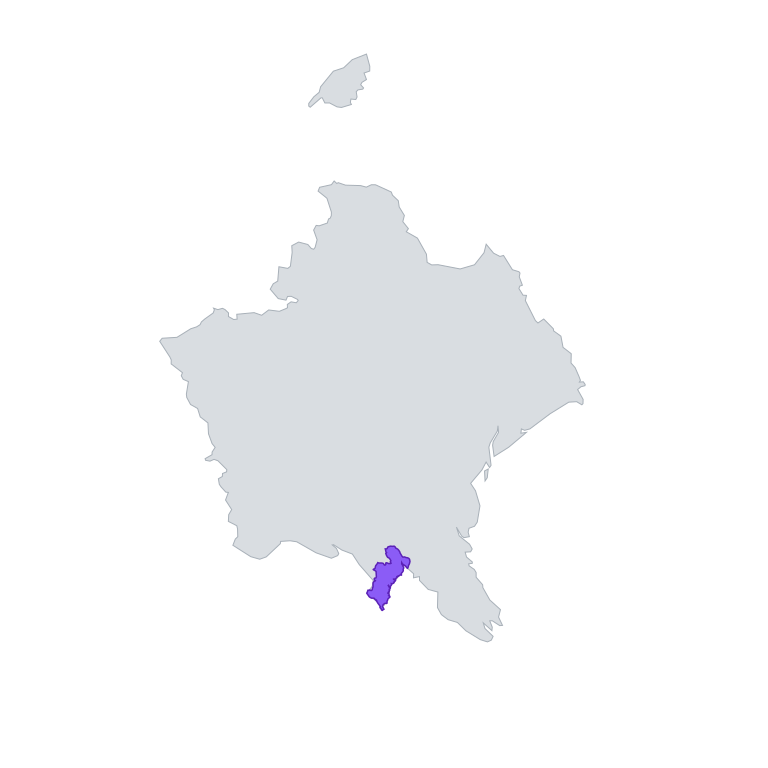 location of Manche within France, rotated 225°
{"feature_id": "FRA-5322", "entity_name": "Manche", "entity_type": "Metropolitan department", "adm_level": 1, "iso_a3": "FRA", "parent_name": "France", "parent_adm1": "", "projection": "equal_earth", "projection_center": [-1.411, 49.095], "detail": "fine", "context": "in_parent", "style": "filled", "palette": "violet", "viewbox_px": 768, "rotation_deg": 225, "n_neighbors": 0, "source": "natural_earth", "source_scale": "10m", "svg_char_len": 7231}
<svg xmlns="http://www.w3.org/2000/svg" viewBox="0 0 768 768"><g transform="rotate(225 384 384)"><path d="M558.2,317.1L554.1,319.1L551.7,323.3L549.1,324.2L544.2,324.3L541.7,321.7L535.9,323.3L533.7,326.0L537.4,329.2L526.3,342.6L519.1,346.1L517.9,354.8L509.4,361.4L506.5,368.3L506.2,369.7L508.6,371.9L507.8,376.4L503.5,379.4L503.7,382.3L504.9,382.7L511.6,380.4L514.1,377.7L512.6,374.0L519.2,369.6L531.5,370.6L533.2,376.6L531.9,381.6L541.2,392.6L533.8,397.7L533.4,401.0L541.9,412.0L547.0,416.6L544.7,424.0L536.5,428.8L531.2,428.4L529.0,429.6L529.3,431.9L533.3,438.7L542.6,443.1L544.1,448.2L541.7,450.0L537.9,457.7L539.9,461.5L539.3,463.2L540.3,465.8L542.8,468.4L555.7,475.0L567.0,473.8L568.6,477.6L562.1,487.8L562.8,492.3L559.2,492.4L558.7,494.0L551.8,497.4L540.9,507.7L535.7,510.7L533.8,516.0L530.8,518.9L514.6,524.9L511.5,523.5L503.5,523.7L498.4,519.9L488.8,517.6L485.5,512.1L476.6,511.1L475.9,507.4L463.5,510.8L445.8,505.8L439.5,500.5L434.5,501.9L430.1,506.6L411.5,519.2L404.3,532.3L406.1,547.6L410.6,555.1L399.0,554.0L392.2,556.2L390.4,559.4L374.0,555.6L368.0,558.8L366.3,558.6L364.1,555.4L356.0,551.7L357.2,549.2L356.1,546.9L348.5,545.1L345.9,547.4L343.0,542.9L321.8,535.9L318.3,536.0L317.0,542.9L303.4,542.8L301.5,541.5L292.7,542.9L283.3,536.5L273.0,537.8L266.6,531.1L260.4,530.7L251.7,527.3L247.7,525.5L247.2,523.5L244.6,526.5L241.4,525.9L240.7,524.9L242.8,521.3L243.2,517.0L232.3,513.9L229.4,510.8L229.4,509.2L235.3,507.7L240.5,501.8L245.5,480.5L249.1,455.4L251.8,450.7L255.1,449.4L252.4,446.0L249.1,450.5L251.1,427.6L254.9,410.6L263.9,417.5L266.1,420.6L268.8,430.8L273.9,435.1L270.6,430.9L267.2,417.4L265.2,413.5L250.8,402.2L250.3,399.6L256.6,401.0L254.0,392.6L252.5,375.0L243.8,373.2L230.0,365.7L220.4,352.3L219.4,347.4L221.9,342.1L219.7,338.7L215.7,336.4L218.8,331.9L221.6,331.4L231.6,334.0L223.4,329.8L210.2,331.2L205.0,329.7L204.1,326.6L207.7,322.5L203.3,320.0L195.7,320.6L194.8,319.6L197.0,316.7L195.2,315.6L189.0,316.7L185.5,315.8L182.2,312.5L172.3,311.8L170.1,309.9L156.4,306.1L142.1,306.8L138.2,300.2L129.5,297.1L131.3,295.0L140.1,293.1L141.8,291.3L135.5,288.6L133.3,285.9L144.9,285.3L139.7,282.5L128.4,282.7L127.0,278.8L128.5,274.8L135.2,271.3L151.6,267.4L163.5,267.3L172.0,262.7L180.3,261.5L188.1,263.7L198.8,275.0L207.4,270.0L220.0,270.2L222.7,272.9L226.1,267.8L228.9,270.8L244.4,269.8L240.8,267.8L237.8,263.0L237.3,245.5L229.3,232.9L227.4,228.3L227.9,224.4L237.1,225.1L244.7,223.4L248.4,224.6L249.3,232.7L252.6,237.4L273.8,238.8L286.1,241.4L296.4,236.8L306.1,234.7L306.8,233.6L301.3,234.1L296.1,232.1L295.4,229.9L298.0,223.6L312.7,216.6L334.2,210.7L339.6,206.7L345.8,199.6L344.4,197.8L345.0,178.5L348.0,172.2L356.1,167.7L376.8,163.1L379.5,169.2L379.4,172.6L385.1,178.0L387.9,179.7L396.9,176.8L401.4,181.8L402.9,187.5L414.0,189.9L417.4,197.3L419.4,195.7L426.3,196.0L429.5,196.6L434.1,199.9L432.9,204.3L434.9,206.5L433.2,210.6L434.6,212.3L447.2,212.3L450.9,210.5L452.5,206.4L456.2,203.9L457.7,204.7L455.6,212.4L457.4,214.3L458.6,219.8L463.4,220.3L472.9,224.7L481.0,232.0L490.7,230.8L498.5,234.9L506.3,232.7L513.9,235.0L516.6,237.1L524.0,247.4L529.3,245.3L533.2,246.5L534.5,249.5L548.7,247.7L551.5,250.6L554.5,251.7L572.8,255.6L573.2,259.5L563.4,270.6L559.7,286.4L556.9,291.9L556.0,296.0L557.0,298.7L556.7,303.1L555.0,313.4L556.4,316.5L558.2,317.1ZM636.7,537.5L636.1,544.4L639.0,549.4L641.0,569.4L636.1,579.1L635.8,590.9L629.7,604.9L618.7,598.6L615.4,595.2L618.0,589.8L611.7,586.9L612.9,581.7L612.1,579.1L607.8,578.9L607.5,577.5L610.4,573.5L610.3,571.0L606.0,567.9L605.1,565.2L608.9,562.1L606.9,559.3L604.7,558.6L609.6,549.5L613.1,546.8L621.3,544.2L624.5,540.9L630.0,542.7L630.9,541.8L631.9,527.5L633.7,527.3L635.6,529.2L636.7,537.5ZM251.4,393.6L250.2,397.6L244.7,390.7L244.0,386.9L251.4,393.6Z" fill="#d9dde1" stroke="#a8b0b8" stroke-width="1"/><path d="M237.0,270.3L237.3,270.2L240.1,270.5L243.8,269.8L245.1,270.2L244.5,269.5L243.8,269.1L242.4,269.0L242.3,269.3L242.1,269.4L242.0,269.2L241.9,268.9L241.8,268.6L241.6,268.5L240.4,268.2L240.0,267.9L239.8,267.6L239.5,266.6L238.3,265.6L238.0,264.6L237.9,263.4L237.8,262.3L237.4,261.6L236.6,261.4L236.6,261.1L237.0,260.9L237.4,260.5L237.6,260.0L237.9,257.9L238.1,257.4L238.4,257.8L238.6,257.3L238.7,256.9L238.5,256.7L238.1,256.6L237.9,256.3L238.3,253.8L238.5,253.1L239.0,252.9L239.8,253.2L239.2,252.7L238.4,252.7L237.8,253.0L237.5,253.7L237.4,253.9L237.1,253.6L236.9,253.2L236.8,252.8L236.8,251.8L236.9,251.3L237.0,250.8L236.5,250.8L236.4,250.4L236.4,249.9L236.6,249.4L236.8,248.8L237.0,248.5L237.7,248.1L237.3,247.8L237.2,247.9L237.0,248.1L236.7,247.4L236.5,246.6L236.4,245.7L236.3,244.9L236.6,244.5L237.2,244.5L238.5,244.8L238.5,244.5L237.7,244.3L236.8,244.0L236.1,244.0L235.8,244.8L235.3,244.3L234.7,242.6L234.2,242.1L234.4,241.9L234.5,241.9L233.7,241.1L233.3,240.6L233.0,240.0L233.7,240.0L233.7,239.7L233.3,238.8L233.0,238.8L232.7,239.5L232.1,239.2L231.3,238.5L230.6,238.2L230.7,237.9L230.8,237.7L230.4,237.7L230.0,237.8L229.6,237.9L229.2,237.6L229.1,237.0L229.3,235.5L229.2,234.9L229.1,234.6L229.0,234.3L228.5,233.5L228.5,233.3L228.4,233.1L228.3,232.7L228.0,232.3L227.1,231.4L226.9,231.1L227.1,230.5L228.1,229.8L228.3,229.3L228.5,227.9L228.5,227.2L228.2,226.6L227.9,226.1L227.7,225.7L227.4,225.4L226.3,225.2L224.8,224.7L225.1,223.6L225.0,223.0L225.2,222.6L226.1,222.5L226.4,222.6L227.1,223.0L227.5,223.1L228.5,223.0L228.8,223.1L229.0,223.3L229.1,223.9L229.3,224.1L229.8,224.0L230.0,224.1L230.7,224.3L233.0,224.6L235.6,225.3L236.1,225.3L236.1,225.6L236.2,225.8L236.5,225.9L236.8,225.8L237.3,225.4L237.6,225.3L238.0,225.3L238.7,225.5L239.2,225.6L239.7,225.3L240.3,224.9L241.2,223.9L241.7,223.6L243.2,223.2L243.9,223.1L248.0,223.8L248.3,223.9L248.4,224.2L248.6,224.9L249.3,226.3L249.5,227.0L248.6,227.5L248.5,228.0L248.4,228.4L248.2,228.5L247.5,228.6L247.2,228.7L247.0,228.9L246.8,229.9L247.2,230.8L247.8,231.5L248.3,232.8L251.0,235.5L251.3,236.2L251.4,237.1L251.3,237.6L251.2,238.0L251.0,238.3L251.1,238.8L251.4,238.7L251.7,238.5L252.1,238.5L252.5,238.8L252.7,239.1L253.1,239.2L253.3,240.1L252.9,240.7L252.6,241.3L253.1,242.3L257.0,245.8L257.9,245.8L260.0,245.2L260.4,245.2L260.5,245.5L260.4,245.9L260.0,246.8L260.0,247.3L260.2,247.7L261.2,249.2L261.4,249.7L261.8,252.6L262.1,253.3L261.0,253.8L259.1,255.7L258.0,256.5L257.4,256.6L255.9,256.3L255.4,256.5L255.1,257.1L255.2,257.7L255.6,258.1L255.9,258.4L256.1,258.6L256.1,258.9L255.8,259.4L255.3,259.7L253.9,260.2L252.9,261.1L252.4,261.7L252.3,262.3L253.7,262.6L253.9,262.8L254.0,263.6L254.2,263.9L255.8,264.4L257.5,264.5L258.9,264.0L260.9,264.5L262.9,265.4L262.9,266.5L263.6,266.5L266.5,268.3L265.8,269.0L265.5,269.5L265.5,270.1L265.9,271.0L266.0,271.6L265.9,272.0L265.6,272.4L264.8,273.9L263.0,275.4L262.2,276.5L260.9,276.7L260.7,276.6L260.3,276.5L259.6,276.3L259.3,276.3L259.0,276.5L258.9,276.5L258.7,276.6L257.6,276.9L256.4,276.9L254.7,276.6L253.8,276.3L253.2,275.9L249.7,275.0L248.8,274.9L248.2,275.0L247.9,275.3L247.5,275.9L247.2,276.2L246.9,276.4L246.6,276.5L245.8,276.8L245.5,277.0L244.7,277.6L244.2,277.9L243.2,278.2L242.4,278.2L241.9,278.1L241.6,277.8L241.3,277.6L240.4,277.1L240.1,276.8L239.1,275.2L238.8,274.6L238.7,274.3L238.6,273.8L238.5,273.5L238.4,273.3L238.2,272.8L237.6,271.9L237.3,271.3L237.2,271.0L237.2,270.7L237.0,270.4L237.0,270.3Z" fill="#8b5cf6" stroke="#5b21b6" stroke-width="1.5"/></g></svg>